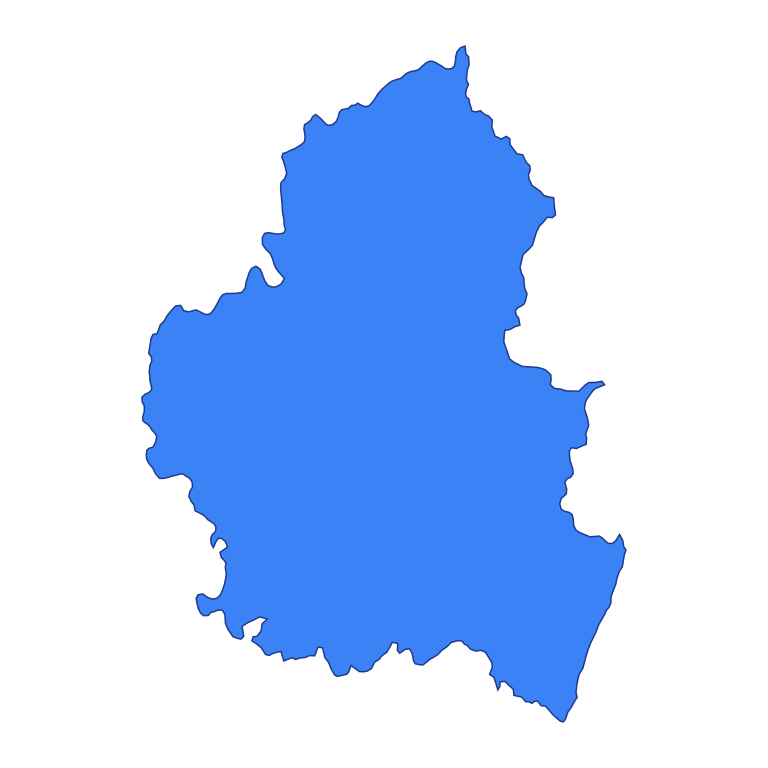 the district of Baliza, Goiás, Brazil
{"feature_id": "56859067B68907801422928", "entity_name": "Baliza", "entity_type": "district", "adm_level": 2, "iso_a3": "BRA", "parent_name": "Brazil", "parent_adm1": "Goiás", "projection": "equal_earth", "projection_center": [-52.451, -16.34], "detail": "fine", "context": "isolated", "style": "filled", "palette": "blue", "viewbox_px": 768, "rotation_deg": 0, "n_neighbors": 0, "source": "geoboundaries", "source_scale": "gbopen_adm2", "svg_char_len": 5958}
<svg xmlns="http://www.w3.org/2000/svg" viewBox="0 0 768 768"><path d="M357.7,103.2L354.9,105.2L351.3,105.5L348.5,108.3L345.5,109.0L341.7,109.7L339.4,112.3L337.9,117.9L335.8,122.1L331.7,125.0L327.6,125.3L324.9,123.0L322.2,120.0L319.3,117.4L315.8,114.5L312.7,116.5L311.1,119.8L308.5,122.2L304.5,124.7L303.9,129.0L304.7,133.3L305.1,137.2L304.5,141.6L301.3,144.6L297.8,146.8L294.3,148.9L290.2,150.5L285.7,152.8L282.9,153.4L281.8,157.4L283.5,161.0L284.9,165.9L286.7,173.2L284.6,178.8L281.0,182.7L280.6,189.3L281.2,195.0L281.7,200.5L282.1,204.2L282.2,208.1L282.8,213.8L283.9,219.0L284.1,224.9L285.5,229.4L283.8,233.0L278.6,234.1L273.0,233.5L268.5,232.6L264.5,233.5L262.3,237.8L262.5,244.4L265.5,248.8L267.8,251.1L270.2,253.5L272.5,258.6L274.4,264.9L276.1,268.5L279.0,272.4L281.8,275.3L284.4,278.8L280.9,284.3L275.9,286.9L272.1,287.0L268.0,285.5L265.0,281.2L263.2,276.9L261.9,272.8L259.9,268.9L255.9,266.2L251.5,268.5L249.2,272.6L248.0,276.3L246.3,281.4L245.1,288.4L241.6,292.5L236.3,293.3L231.0,293.5L226.1,293.5L222.5,294.9L219.9,298.4L217.4,303.3L214.8,308.0L211.5,312.6L208.6,314.4L205.1,314.4L200.2,311.9L196.1,309.9L192.3,310.9L188.8,311.9L183.8,310.7L180.6,305.4L175.6,306.0L171.8,310.1L168.9,313.4L166.5,316.8L164.4,320.7L160.3,324.8L158.4,330.3L157.0,333.8L153.2,334.3L151.1,338.1L150.4,343.2L149.6,347.8L148.7,353.3L151.3,357.0L151.8,361.0L149.9,365.6L149.2,371.7L149.8,376.3L149.9,380.5L151.0,384.9L151.8,389.6L149.1,392.4L145.1,394.2L142.0,397.1L142.2,402.0L144.3,405.9L144.3,411.4L142.9,416.5L142.7,420.5L145.1,422.7L147.9,424.5L150.1,426.8L151.9,430.1L154.6,432.9L156.8,436.2L155.6,442.2L152.9,447.3L149.4,448.1L147.0,449.9L146.3,454.0L146.5,458.4L147.9,461.8L149.8,464.7L152.9,468.2L155.5,473.7L159.6,478.4L162.9,478.4L166.9,477.7L171.3,476.3L176.4,475.1L179.9,474.1L182.8,473.9L186.3,476.3L189.4,478.0L192.1,481.9L192.5,487.2L189.9,491.3L188.9,496.6L191.3,501.5L194.0,505.0L195.1,510.8L198.3,512.4L202.4,514.4L205.1,516.5L207.6,519.5L210.9,521.6L214.6,524.4L216.1,527.9L215.3,531.8L212.3,534.7L210.8,538.1L211.1,543.5L213.3,547.6L216.0,541.6L218.6,538.1L222.0,538.6L225.7,542.0L227.4,547.2L223.8,549.7L220.0,552.3L221.4,557.7L223.7,559.8L225.9,562.8L225.3,567.6L226.3,574.0L225.5,579.3L224.5,584.1L222.4,590.5L220.4,594.8L216.9,598.3L211.9,599.1L207.4,597.3L202.7,593.9L198.1,594.8L196.2,598.3L197.0,603.4L198.3,608.4L200.3,612.7L203.5,615.7L208.2,615.5L210.9,612.4L214.4,611.6L217.6,610.2L222.4,610.0L225.0,614.9L225.4,623.0L227.7,628.9L232.9,636.6L237.3,638.3L241.1,639.1L243.7,636.4L242.1,626.4L247.1,623.0L252.8,620.4L259.8,616.9L267.3,619.0L262.1,623.8L261.1,630.9L256.9,636.4L253.1,636.8L251.9,640.9L255.9,643.4L261.2,647.7L265.6,654.5L269.1,655.4L272.6,653.6L276.4,652.3L281.0,651.5L283.8,661.0L289.2,658.7L292.7,657.7L295.3,659.5L299.7,658.1L305.8,657.3L309.5,655.6L314.7,655.8L318.0,647.1L322.5,647.8L325.0,657.7L328.7,662.6L331.2,669.1L335.0,675.4L337.8,676.3L346.9,674.2L348.9,671.4L351.0,665.5L359.2,671.5L363.5,671.8L367.4,671.0L371.4,668.6L374.5,662.4L379.3,659.2L381.8,655.8L386.5,652.6L390.0,646.8L392.3,642.3L397.7,643.5L397.4,650.3L399.6,653.2L405.4,649.3L409.6,648.9L412.2,653.6L413.6,660.9L415.3,663.8L420.0,664.8L423.2,664.8L430.0,659.3L433.8,657.1L437.8,654.6L441.6,650.5L446.8,646.8L451.0,642.5L457.3,640.8L461.7,640.8L464.4,644.0L467.1,645.4L470.5,649.1L475.7,651.1L480.9,650.3L485.4,652.2L491.8,662.4L492.3,667.1L489.6,674.5L493.8,677.1L496.0,683.7L497.8,689.9L499.8,686.5L500.1,681.8L505.1,681.4L508.0,684.5L513.3,689.2L513.9,695.4L521.9,697.1L525.6,701.7L528.5,701.7L532.0,703.3L534.6,701.3L537.5,701.0L541.1,705.6L545.5,706.1L553.6,715.4L560.2,721.1L563.2,721.9L565.5,719.1L567.8,712.1L571.3,707.3L574.3,701.7L577.1,697.4L576.0,692.3L576.6,686.4L577.5,681.0L579.1,674.5L582.9,668.1L586.2,655.6L588.3,648.9L590.6,643.1L596.0,631.9L598.8,624.5L604.8,614.1L606.5,610.2L609.0,607.3L610.9,603.0L611.1,596.7L613.7,589.3L615.8,584.2L616.9,578.5L619.3,571.5L622.4,566.6L623.2,561.5L624.4,554.5L626.0,550.0L623.7,546.6L622.7,540.2L619.6,534.5L615.7,540.8L612.3,543.5L608.0,543.3L602.0,537.8L599.3,536.1L589.9,536.8L579.7,532.6L576.3,530.4L573.7,525.7L573.2,518.5L572.1,514.6L569.2,512.4L564.3,511.2L561.3,509.5L559.7,503.8L561.3,498.4L566.3,493.9L566.7,489.2L564.8,482.1L567.4,478.6L570.6,477.3L573.2,473.7L572.8,469.2L570.2,461.0L569.4,454.7L569.4,450.8L571.5,447.7L576.4,448.5L582.2,445.8L586.1,444.4L586.6,438.5L585.7,433.9L588.7,425.4L587.3,417.6L584.4,408.8L585.2,403.2L586.5,399.6L592.5,391.2L595.0,388.7L604.6,384.8L602.0,381.3L595.7,382.4L588.6,382.6L584.8,385.4L578.9,391.2L566.1,390.9L560.7,389.1L554.1,388.3L550.2,384.4L551.1,380.3L550.8,374.8L545.8,370.1L542.4,368.6L537.3,367.4L522.1,366.4L513.7,362.1L509.6,358.9L506.5,349.5L503.8,341.9L504.2,335.5L504.8,330.3L509.7,329.6L514.9,326.7L519.9,325.2L518.7,318.1L516.1,314.8L515.3,310.8L517.9,307.6L521.3,306.0L524.1,304.0L525.7,300.1L527.0,293.9L524.7,288.2L524.2,283.9L523.7,277.6L521.3,272.8L520.1,267.3L521.8,259.5L523.1,254.7L529.7,248.3L532.4,245.3L534.9,237.2L536.2,232.6L539.6,225.7L543.1,222.4L547.2,217.3L552.6,217.5L555.5,214.8L554.4,207.2L553.7,197.8L548.2,196.8L543.6,195.4L540.8,191.7L531.9,185.3L529.1,179.0L528.4,174.7L530.2,170.5L529.9,165.9L526.4,162.4L524.2,158.2L522.7,154.8L516.9,153.8L510.1,144.6L509.8,138.7L506.3,136.4L501.2,139.1L497.9,137.4L495.0,136.1L491.8,126.9L492.3,120.0L488.6,116.1L484.4,114.3L480.5,110.8L475.6,111.9L472.0,111.2L470.8,106.9L469.5,102.8L468.9,98.9L466.2,97.0L465.6,93.2L466.5,89.1L468.5,84.6L466.5,80.2L466.8,73.9L467.5,69.2L469.1,64.8L468.6,56.9L465.9,53.8L465.0,46.1L460.4,47.8L456.9,52.0L455.7,56.9L455.5,60.8L454.5,66.0L451.6,68.6L448.2,69.0L445.2,68.6L441.5,66.0L438.3,64.1L434.8,62.2L431.8,61.2L428.9,61.4L425.8,63.1L422.0,66.4L419.1,69.2L416.2,70.6L412.5,71.2L409.5,72.0L406.3,73.5L403.6,75.9L400.7,78.4L396.6,79.5L391.8,81.3L389.1,83.0L386.4,85.4L383.4,88.0L380.8,90.5L377.8,94.1L374.6,99.3L371.6,103.2L368.8,106.0L365.3,106.7L361.2,105.2L357.7,103.2Z" fill="#3b82f6" stroke="#1e3a8a" stroke-width="1.5"/></svg>